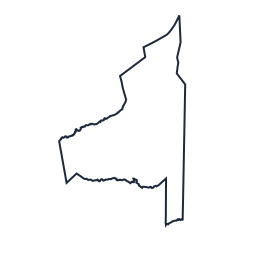 Caucete, San Juan, Argentina (orthographic projection), rotated 260°
{"feature_id": "61730980B84345100673034", "entity_name": "Caucete", "entity_type": "district", "adm_level": 2, "iso_a3": "ARG", "parent_name": "Argentina", "parent_adm1": "San Juan", "projection": "orthographic", "projection_center": [-67.711, -31.425], "detail": "fine", "context": "isolated", "style": "outline", "palette": "slate", "viewbox_px": 256, "rotation_deg": 260, "n_neighbors": 0, "source": "geoboundaries", "source_scale": "gbopen_adm2", "svg_char_len": 5336}
<svg xmlns="http://www.w3.org/2000/svg" viewBox="0 0 256 256"><g transform="rotate(260 128 128)"><path d="M161.0,191.9L173.3,185.5L180.7,187.8L181.8,188.3L182.4,188.4L183.6,188.9L184.4,188.9L186.5,188.7L187.6,188.7L188.9,188.6L203.3,194.7L230.0,198.1L222.8,192.9L221.3,191.6L217.4,187.8L216.3,186.6L214.6,184.6L213.3,182.7L213.1,182.2L212.1,179.7L208.3,168.9L204.8,157.3L194.8,157.3L180.6,129.2L174.7,129.7L168.4,129.8L156.2,131.1L154.0,130.0L153.4,129.5L151.7,128.1L151.0,127.7L150.8,127.2L150.5,126.9L150.0,126.7L148.9,126.3L148.7,126.0L147.5,125.7L147.4,125.5L147.2,124.8L147.0,124.4L146.8,123.9L146.0,122.6L145.9,122.4L145.3,121.7L145.2,121.4L145.2,120.9L144.9,120.6L144.6,120.5L144.2,119.7L144.1,119.0L143.8,118.6L143.4,117.5L143.1,116.3L143.1,115.1L143.0,114.8L143.0,114.3L142.9,113.8L142.9,113.6L142.8,113.4L142.9,112.5L142.8,112.4L142.6,112.1L142.1,111.3L142.0,110.8L141.8,110.5L141.5,109.6L141.3,109.3L141.2,109.0L140.9,108.8L140.9,108.7L141.0,108.2L140.9,107.8L141.6,107.0L141.7,106.7L141.4,106.3L141.0,106.1L140.9,106.1L140.6,106.2L140.3,106.0L140.4,105.6L140.4,105.4L140.1,105.2L139.9,104.8L139.7,104.6L139.9,103.9L139.9,103.5L140.0,103.4L140.0,102.9L140.0,102.6L139.5,102.0L139.4,101.7L139.0,101.9L138.9,101.9L138.6,101.7L138.5,101.3L138.7,100.3L138.7,100.2L138.4,99.6L137.9,99.1L137.7,98.9L137.6,98.5L137.6,98.1L137.3,97.3L137.3,97.0L137.5,96.4L137.3,95.7L137.3,95.4L138.0,94.1L138.4,93.6L138.3,93.0L138.4,92.8L138.4,92.7L138.1,92.3L137.9,92.0L138.0,91.7L138.5,91.4L138.3,90.9L138.3,90.6L137.9,89.9L137.8,89.7L137.6,89.4L137.6,89.1L137.6,88.6L137.8,88.2L138.0,87.8L137.9,87.4L138.0,86.9L137.9,86.7L137.8,86.4L137.7,86.2L137.0,85.8L136.9,85.7L137.0,85.5L137.2,85.1L137.0,84.7L137.0,84.3L136.7,84.0L136.9,83.5L137.1,83.3L137.0,82.9L136.8,82.9L136.7,82.8L136.5,82.4L136.7,81.9L136.6,81.6L136.4,81.4L135.8,81.5L135.2,81.2L134.8,81.2L134.5,80.7L134.2,80.5L134.1,80.3L134.1,80.0L134.1,79.9L133.8,79.8L133.6,79.1L133.7,78.9L134.4,77.7L134.6,77.6L135.4,77.2L135.6,76.8L135.8,76.8L135.8,76.6L135.6,76.2L135.1,76.0L133.9,76.0L133.8,75.8L133.4,75.8L133.3,75.6L133.3,75.3L133.3,75.1L133.0,75.0L132.6,75.1L132.1,74.4L131.7,74.3L131.5,73.7L131.0,73.6L130.7,73.2L130.8,73.0L130.8,72.9L130.8,72.2L130.6,72.0L130.2,72.1L130.1,71.9L130.0,71.5L130.1,71.0L130.2,70.5L130.2,70.3L130.0,70.1L129.9,69.9L130.0,68.9L130.0,68.4L129.9,68.3L129.3,67.6L129.2,67.5L129.4,67.1L129.3,66.9L129.4,66.6L129.1,66.4L129.1,66.2L129.7,65.8L129.9,65.8L130.3,65.8L130.4,65.3L130.5,65.2L130.7,64.8L130.7,64.7L130.2,64.0L129.9,63.5L129.8,63.4L129.6,63.0L129.6,62.8L129.8,62.3L130.3,61.7L130.1,61.3L129.9,61.1L129.7,60.9L129.6,60.5L129.4,60.4L129.1,60.5L128.7,60.4L128.6,60.2L128.6,59.9L128.0,59.2L127.2,58.1L126.9,57.9L126.4,58.0L126.3,57.9L126.0,57.9L84.6,58.0L92.1,69.5L85.6,76.1L85.4,76.6L85.4,76.8L85.2,77.2L85.1,77.4L85.1,77.8L85.3,78.2L85.2,78.5L84.7,78.7L84.3,79.1L83.9,79.7L83.8,80.1L83.8,80.4L83.7,80.9L83.6,81.3L83.6,81.5L83.8,81.9L83.8,82.1L83.4,82.5L83.0,83.1L82.6,83.3L82.2,83.8L82.0,84.7L82.1,85.0L82.3,86.5L82.0,87.3L82.2,87.9L82.3,88.3L82.3,88.6L82.4,89.0L82.0,89.1L81.8,89.5L81.6,89.5L81.5,89.8L81.1,90.0L80.9,90.2L80.6,90.2L80.5,90.4L80.5,90.8L80.5,91.0L80.9,91.5L81.7,92.0L81.8,92.1L81.8,92.5L82.0,92.7L82.0,92.9L82.1,93.3L82.0,93.6L81.7,93.9L80.8,94.3L80.5,94.6L80.4,95.0L80.7,95.5L80.8,95.8L80.7,96.1L80.7,96.4L81.0,96.6L81.1,96.9L81.0,97.7L80.8,98.3L80.9,98.6L80.9,98.8L80.7,99.7L81.0,100.2L81.0,100.4L81.0,101.2L81.0,101.4L80.6,102.0L80.8,102.5L80.7,102.9L80.9,103.1L81.2,104.1L81.1,104.5L81.1,104.8L81.0,105.3L81.0,105.5L81.3,105.8L81.3,106.0L81.1,106.3L80.8,106.4L80.4,106.8L80.2,107.2L80.1,107.8L79.3,107.8L79.0,107.7L78.9,107.8L78.5,108.0L78.2,108.8L78.5,109.3L78.5,109.5L78.5,110.4L78.3,110.8L78.4,111.2L78.3,111.5L78.0,111.9L78.0,112.3L77.9,112.7L77.6,113.1L77.6,113.3L77.7,113.8L77.8,113.9L77.9,114.4L78.0,114.6L77.9,115.2L78.0,115.3L77.9,115.6L77.5,116.0L77.5,116.5L77.3,116.8L76.4,117.2L76.3,117.3L75.9,117.9L75.1,119.0L74.8,119.2L74.7,119.2L74.4,119.5L74.2,119.9L73.3,120.7L73.4,120.8L73.6,121.0L73.8,121.3L73.8,121.9L74.3,122.1L74.4,122.3L74.1,123.0L74.0,123.3L74.2,123.5L74.2,123.8L74.0,124.1L73.7,124.2L73.7,124.4L73.7,124.5L73.8,124.6L74.2,124.7L74.5,124.7L74.9,124.7L76.2,124.7L77.2,124.5L77.1,125.1L77.0,125.3L76.4,125.7L76.0,126.3L75.5,126.9L75.4,127.4L75.0,127.4L74.8,127.3L74.7,127.2L74.5,127.3L74.4,127.5L74.2,127.6L72.9,126.7L72.7,126.7L72.3,127.3L71.8,127.7L71.0,128.7L70.7,128.9L70.1,128.8L69.5,128.8L69.2,128.9L68.9,129.4L68.5,129.7L68.1,130.2L67.6,130.4L67.2,130.8L67.1,131.4L66.7,131.6L67.6,132.5L67.1,134.3L65.7,138.3L65.7,139.0L66.2,139.5L66.0,140.4L65.0,140.8L64.7,141.3L64.9,141.8L64.9,142.6L65.9,143.5L66.2,145.1L65.6,145.8L66.0,146.3L66.1,147.8L71.7,156.7L33.8,149.8L28.0,148.6L26.0,148.5L26.8,149.2L26.9,149.7L26.6,150.3L26.3,150.6L26.1,150.7L26.1,150.8L26.5,151.2L26.8,151.3L26.9,151.5L26.9,151.8L27.1,152.5L27.4,153.1L27.4,153.4L27.6,153.9L27.8,154.4L28.1,155.1L28.5,155.8L28.5,156.2L28.4,156.6L28.5,157.1L28.6,157.4L28.5,158.0L28.6,158.9L28.4,159.8L29.0,160.5L29.3,160.7L29.4,161.0L29.0,161.1L28.9,161.2L28.7,161.3L28.7,161.6L28.9,161.6L29.0,162.0L29.3,162.2L29.4,162.5L29.2,162.9L28.9,163.2L28.5,163.4L28.4,163.6L28.5,163.7L28.7,163.9L28.8,164.0L28.7,164.2L28.8,164.5L28.7,164.8L28.5,165.2L28.1,165.5L28.2,165.9L33.8,167.0L45.9,169.4L161.0,191.9Z" fill="none" stroke="#1e293b" stroke-width="2"/></g></svg>